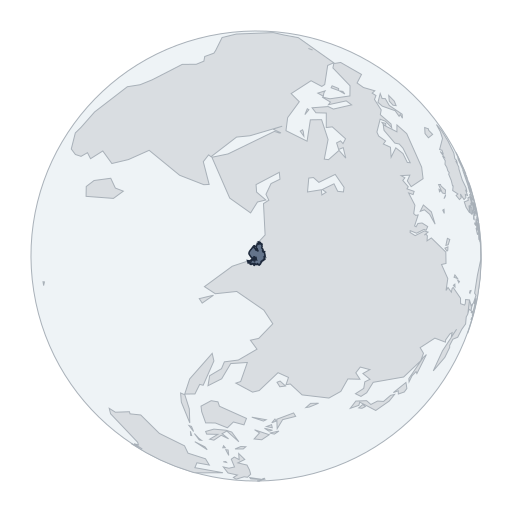 Gujarat highlighted on a globe, orthographic projection, rotated 81°
{"feature_id": "IND-3264", "entity_name": "Gujarat", "entity_type": "state/province", "adm_level": 1, "iso_a3": "IND", "parent_name": "India", "parent_adm1": "", "projection": "orthographic", "projection_center": [71.839, 22.391], "detail": "fine", "context": "on_globe", "style": "filled", "palette": "slate", "viewbox_px": 512, "rotation_deg": 81, "n_neighbors": 0, "source": "natural_earth", "source_scale": "10m", "svg_char_len": 15060}
<svg xmlns="http://www.w3.org/2000/svg" viewBox="0 0 512 512"><g transform="rotate(81 256 256)"><circle cx="256" cy="256" r="225" fill="#eef3f6" stroke="#a8b0b8"/><path d="M330.9,43.5L329.1,42.9L336.3,45.5L347.9,50.3L343.6,48.5L350.5,51.7L347.6,50.6L349.2,51.8L345.1,50.4L335.1,46.1L332.2,45.4L337.3,47.8L336.3,48.5L329.3,44.9L326.9,45.9L309.9,40.4L294.5,34.5L281.7,32.7L258.4,30.7L276.9,31.7L295.2,34.2L313.2,38.1L330.9,43.5ZM359.5,55.9L365.5,59.1L348.1,50.4L359.5,55.9ZM256.9,30.7L256.0,30.8L246.0,30.9L241.0,31.3L237.9,31.5L236.6,31.7L240.5,31.5L241.2,31.7L238.6,32.1L234.1,32.2L234.8,32.0L232.1,32.3L231.0,32.2L230.1,32.5L225.0,32.9L226.2,33.2L218.9,34.1L216.5,34.3L221.9,33.3L222.5,33.2L239.6,31.3L256.9,30.7ZM350.2,52.2L352.3,53.2L352.2,53.5L350.2,52.2ZM345.8,51.8L345.1,52.3L344.1,50.9L345.8,51.8ZM343.6,52.1L342.0,54.0L346.5,55.9L332.8,52.0L338.7,51.3L336.8,49.2L340.4,51.1L343.6,52.1ZM242.8,31.4L238.6,31.5L244.5,31.2L242.8,31.4ZM246.4,31.1L263.4,30.9L268.3,31.3L261.6,31.1L269.9,31.8L263.9,32.0L258.0,31.7L256.0,31.3L255.3,31.8L246.4,31.1ZM325.5,49.8L323.7,49.9L323.7,49.0L325.5,49.8ZM241.9,31.8L244.9,31.5L249.4,31.8L244.2,32.4L244.4,32.1L241.9,31.8ZM275.0,32.0L277.4,32.6L273.2,32.9L273.6,33.2L264.2,32.1L275.0,32.0ZM242.1,32.3L241.5,32.8L237.0,33.2L239.3,32.2L242.1,32.3ZM252.8,31.7L254.6,31.9L251.9,31.9L252.8,31.7ZM220.8,35.5L224.3,34.7L227.0,34.7L220.8,35.5ZM241.5,33.1L243.1,33.0L244.5,33.0L243.1,33.5L241.5,33.1ZM261.9,32.6L259.7,32.7L265.5,33.0L262.6,33.6L256.9,32.8L258.2,33.4L257.3,33.6L253.6,32.9L261.9,32.6ZM246.1,34.2L237.8,34.1L230.7,35.3L228.2,35.2L240.0,33.4L246.1,34.2ZM250.8,33.4L247.3,33.8L245.9,33.3L247.5,32.8L250.8,33.4ZM262.7,34.3L268.7,33.6L269.7,33.9L262.7,34.3ZM244.3,34.6L246.4,34.7L244.0,34.7L244.3,34.6ZM257.4,34.4L259.3,34.1L260.5,34.3L257.4,34.4ZM248.8,35.3L246.1,35.1L247.1,34.6L248.8,35.3ZM253.0,35.0L254.1,35.4L249.0,34.5L253.6,34.7L253.0,35.0ZM258.1,34.7L259.5,34.8L257.2,34.9L258.1,34.7ZM246.7,37.6L240.2,36.6L242.3,35.4L248.4,36.4L246.7,37.6ZM33.7,240.7L38.1,203.8L42.0,194.1L47.0,180.0L77.3,149.0L79.0,155.4L97.4,161.3L98.8,164.5L91.5,174.2L101.1,195.9L110.4,189.1L124.3,203.1L136.9,206.8L150.6,187.6L130.0,181.0L131.6,169.9L152.2,166.6L171.0,173.4L172.2,169.3L164.7,157.5L173.4,152.0L162.6,152.9L163.7,157.7L156.9,158.7L155.5,154.5L158.6,152.5L154.2,149.2L140.4,160.4L140.1,166.5L125.8,164.2L123.9,174.4L118.4,177.4L119.7,161.3L123.0,156.6L121.7,137.9L116.9,142.6L117.9,160.8L115.6,158.4L109.3,165.9L112.3,158.3L112.6,138.2L102.6,136.5L82.3,150.6L78.1,149.1L78.1,142.1L93.2,123.4L100.9,129.1L106.4,123.5L111.4,112.8L113.3,115.8L116.3,112.4L119.9,114.5L131.3,109.5L135.9,111.1L146.7,102.0L150.5,101.9L143.1,107.1L140.3,112.0L152.5,117.2L156.7,116.1L162.7,110.0L165.3,112.7L169.6,106.2L179.6,107.1L171.0,101.0L177.8,94.8L187.3,91.9L188.0,89.1L172.6,93.9L167.8,97.0L166.2,101.2L151.9,109.9L146.4,109.8L155.4,97.4L148.6,96.3L158.7,88.0L194.2,78.5L205.8,78.9L211.8,91.9L205.5,94.8L200.2,91.4L199.3,100.1L202.1,96.7L204.3,99.2L211.4,94.8L213.3,96.4L216.9,89.7L219.9,91.2L217.6,95.4L230.7,91.1L238.8,93.6L240.9,91.9L240.8,89.4L251.1,94.7L252.2,93.3L249.2,91.0L249.4,86.8L253.8,81.8L257.1,83.9L256.0,85.9L258.6,93.9L255.1,99.7L256.9,100.1L260.8,95.6L257.6,85.8L259.3,82.3L261.7,86.5L261.0,84.7L262.9,83.6L267.8,84.7L265.6,80.0L281.8,67.9L293.1,69.5L293.4,74.1L308.3,70.1L319.8,73.7L317.1,71.3L322.3,68.7L318.8,67.4L317.9,66.2L329.7,60.6L335.1,61.4L337.1,57.7L335.7,56.7L331.8,55.8L332.8,52.0L346.5,55.9L349.1,57.9L355.9,59.6L360.7,64.3L367.8,69.5L369.0,74.6L374.6,78.7L376.6,79.0L385.7,85.4L397.2,98.9L378.8,86.6L359.7,69.3L366.7,75.9L362.4,74.3L363.3,76.7L368.5,81.8L370.7,82.4L365.1,92.2L372.2,108.2L378.3,105.8L385.3,109.7L398.6,129.1L399.1,160.0L408.4,168.1L411.1,174.3L407.6,179.3L403.6,170.3L397.3,168.2L395.6,162.7L388.8,168.8L386.0,161.3L382.0,170.4L387.0,175.7L394.0,172.6L391.8,184.5L403.0,193.4L407.7,206.2L400.4,232.2L387.8,242.1L387.8,246.5L381.0,242.9L374.7,252.5L389.4,273.9L389.9,280.7L378.4,295.8L377.6,290.8L359.8,281.2L358.3,297.8L371.9,309.1L376.6,323.7L367.0,320.5L361.9,307.7L355.6,303.8L356.0,289.7L348.2,269.6L338.3,274.7L337.8,266.2L325.6,250.0L310.7,256.7L288.0,280.6L286.9,302.1L278.2,311.7L262.4,281.1L258.9,260.1L251.0,261.9L236.6,243.7L205.4,240.4L202.9,234.6L196.6,236.5L186.8,229.8L183.9,220.3L177.0,219.9L185.5,244.8L193.0,245.4L202.2,237.5L202.9,246.1L212.6,254.6L194.7,272.9L151.6,284.1L150.8,267.6L135.8,218.3L138.2,213.7L138.2,213.1L138.3,212.1L133.4,219.3L131.9,209.8L136.3,243.2L135.5,256.6L150.9,284.9L148.7,287.0L154.6,293.3L178.0,291.1L177.4,296.4L164.3,318.8L134.9,345.0L140.8,366.9L142.1,383.9L128.3,390.9L134.0,404.2L127.6,406.3L130.2,413.2L127.5,418.5L121.4,421.7L106.2,415.2L101.6,408.7L88.5,392.9L68.7,356.6L68.7,343.7L65.8,331.2L55.2,298.9L57.3,285.0L55.4,277.0L50.9,275.4L49.1,265.9L46.7,263.7L34.9,255.3L33.7,240.7ZM61.4,167.9L59.2,171.8L61.4,167.9ZM187.3,191.7L200.8,195.1L200.8,181.1L206.0,181.4L204.0,176.8L200.7,180.1L196.9,167.7L204.9,165.2L206.4,159.6L201.9,158.3L187.8,165.0L193.1,182.4L187.5,187.0L187.3,191.7ZM129.4,94.1L128.5,97.1L123.9,100.1L118.2,99.8L124.7,95.2L129.4,94.1ZM128.2,100.8L138.8,89.5L142.8,89.8L138.8,91.4L140.4,92.8L134.3,95.8L127.7,107.9L123.3,111.5L115.0,107.9L120.2,106.8L120.8,103.7L128.2,100.8ZM158.9,65.8L163.5,62.5L166.2,67.2L161.5,69.9L155.5,69.3L157.4,65.8L158.9,65.8ZM209.0,36.0L210.6,35.6L211.9,35.4L211.5,35.6L209.0,36.0ZM208.0,35.9L203.4,37.0L205.5,36.9L207.9,36.5L218.7,34.6L230.8,32.6L234.8,32.7L234.4,33.4L232.1,33.8L230.2,33.5L228.5,34.4L224.1,34.4L222.3,35.1L203.3,38.4L204.2,37.8L192.0,41.2L189.6,41.2L197.5,38.9L186.6,41.9L192.8,39.8L185.1,42.2L203.1,37.0L207.8,35.9L208.0,35.9ZM227.5,48.9L226.3,46.9L222.1,51.5L217.6,50.3L217.4,50.9L212.1,51.3L205.3,52.9L204.0,52.1L201.9,53.2L198.3,53.7L195.0,55.0L191.6,54.2L187.3,55.8L188.1,54.5L181.6,57.7L184.9,55.0L180.6,55.8L179.6,58.0L169.0,53.4L162.0,54.5L154.4,57.2L161.1,53.1L172.5,48.4L185.2,44.5L190.9,44.4L192.9,43.0L196.3,42.6L193.3,43.9L199.9,41.8L201.8,42.0L213.1,40.4L221.4,37.9L225.7,37.6L223.4,38.7L229.3,37.6L228.0,39.6L231.1,39.5L232.8,41.7L226.7,44.4L230.6,44.2L232.1,46.2L227.5,48.9ZM246.9,38.2L240.7,40.9L235.1,41.8L234.3,37.7L231.7,37.5L231.1,35.6L239.1,34.5L238.6,35.0L239.9,35.4L236.9,35.6L240.3,35.7L239.7,36.7L242.2,37.2L239.5,37.8L246.9,38.2ZM103.7,161.9L105.4,163.4L108.7,164.5L104.8,169.5L103.7,161.9ZM103.5,148.2L105.5,148.5L101.6,155.5L99.8,154.2L103.5,148.2ZM109.9,142.9L105.9,147.9L107.0,144.5L109.9,142.9ZM145.3,107.2L147.8,107.4L146.8,109.0L143.8,110.7L145.3,107.2ZM214.0,64.5L214.2,62.6L215.8,62.3L220.5,58.5L224.2,59.4L222.8,62.1L214.0,64.5ZM145.2,190.0L139.6,192.8L138.6,190.3L140.7,189.8L145.2,190.0ZM119.8,180.9L124.0,185.6L118.6,182.3L119.8,180.9ZM218.8,64.8L220.3,63.1L221.3,64.7L218.8,64.8ZM227.1,59.9L228.8,61.4L225.2,59.1L227.1,59.9ZM248.5,469.0L252.0,470.4L248.1,470.4L248.5,469.0ZM176.8,387.8L170.5,414.5L160.8,412.8L156.1,404.1L156.5,387.3L166.9,384.3L171.2,376.9L176.8,387.8ZM418.8,348.2L423.3,347.6L423.0,348.6L418.8,348.2ZM414.2,346.4L419.6,345.1L413.0,348.7L414.2,346.4ZM421.7,344.6L427.1,341.0L429.5,338.7L428.9,340.8L421.7,344.6ZM410.5,347.5L388.6,352.6L379.5,351.9L382.0,348.0L396.6,345.8L410.5,347.5ZM381.2,348.0L367.0,340.7L345.3,314.5L353.1,314.0L375.4,328.4L374.0,331.7L382.7,337.9L381.2,348.0ZM414.5,322.4L413.0,331.8L401.2,334.0L395.7,333.8L391.9,322.9L394.1,316.4L398.7,315.6L414.9,290.8L420.9,294.3L416.4,304.3L421.2,311.1L414.5,322.4ZM288.1,304.1L294.1,316.5L289.2,318.7L288.1,304.1ZM420.2,274.5L414.5,285.4L419.3,271.6L420.2,274.5ZM422.2,262.0L423.2,266.5L420.0,262.8L422.2,262.0ZM388.9,252.9L384.0,255.0L383.3,251.8L389.0,247.2L388.9,252.9ZM411.2,217.2L413.5,226.9L413.5,230.4L410.1,225.1L411.2,217.2ZM252.6,74.1L241.9,78.0L236.7,82.4L237.6,86.8L231.8,82.7L239.8,75.9L252.6,74.1ZM277.8,68.2L277.0,65.0L280.4,65.7L281.0,66.6L277.8,68.2ZM275.2,66.8L268.5,64.2L270.0,62.0L275.0,64.4L275.2,66.8ZM243.4,63.4L239.9,64.4L239.3,63.0L243.4,63.4ZM422.4,407.9L421.5,408.7L426.3,402.0L422.7,405.9L428.8,398.5L422.3,405.8L424.2,401.7L421.5,402.0L389.1,424.3L383.5,424.8L388.3,419.3L390.0,405.4L392.2,405.1L395.0,394.7L416.1,379.2L432.3,356.3L440.1,354.0L448.4,337.6L455.2,334.8L451.0,346.7L455.5,349.5L464.9,322.5L461.4,345.3L460.4,350.7L458.7,354.2L451.1,368.6L442.5,382.4L432.9,395.5L422.4,407.9ZM429.8,345.5L436.5,336.3L439.7,334.5L429.8,345.5ZM478.9,288.7L478.9,288.3L479.0,287.7L479.0,288.2L478.9,288.7ZM478.8,289.0L478.7,288.5L478.8,287.8L478.8,289.0ZM472.2,302.2L473.3,310.6L471.2,313.0L469.4,308.7L465.9,317.6L459.2,321.3L461.4,316.0L461.0,310.2L452.8,312.2L451.2,308.9L454.5,304.5L448.4,304.0L455.2,298.9L457.5,306.3L461.1,297.6L466.3,295.9L470.7,295.4L473.2,299.0L472.2,302.2ZM454.3,318.0L455.3,317.4L454.1,320.5L454.3,318.0ZM478.5,285.6L478.7,288.4L478.5,289.6L478.3,289.6L478.5,285.6ZM473.9,296.8L477.1,286.4L477.6,285.8L475.3,296.1L473.9,296.8ZM476.8,282.6L477.8,282.1L478.0,285.3L477.7,286.7L476.8,282.6ZM440.6,316.3L440.2,318.8L438.3,317.7L440.6,316.3ZM443.2,313.9L448.7,314.1L442.6,316.2L443.2,313.9ZM424.3,312.2L426.2,317.3L432.3,311.7L427.6,318.4L431.3,326.4L429.7,330.4L426.2,321.6L424.2,332.6L421.4,333.2L420.4,324.7L423.4,312.9L426.1,307.5L436.8,302.0L424.3,312.2ZM443.3,306.9L441.8,300.8L442.8,295.9L444.6,298.8L443.3,306.9ZM436.4,286.5L431.3,280.2L427.4,284.6L434.6,270.9L438.4,279.1L436.4,286.5ZM431.0,270.6L427.4,274.6L430.7,267.0L431.0,270.6ZM426.1,272.3L425.0,267.0L428.2,266.8L426.1,272.3ZM433.0,270.2L432.5,260.7L434.8,265.7L433.0,270.2ZM421.8,255.3L429.9,262.1L420.5,261.0L416.9,243.4L420.6,241.9L421.8,255.3ZM422.1,178.3L419.4,173.7L421.8,171.5L423.0,175.2L422.1,178.3ZM427.3,161.9L421.6,169.5L416.6,176.4L419.6,177.8L421.2,186.7L414.9,180.1L416.2,169.4L420.6,165.8L418.3,158.7L419.6,152.8L414.7,144.9L414.4,140.8L420.1,147.1L427.3,161.9ZM412.4,141.7L404.4,127.7L410.4,127.7L413.5,130.8L414.6,137.0L411.4,136.6L412.4,141.7ZM404.2,124.5L401.0,124.2L382.4,106.7L380.0,103.1L397.3,115.5L395.2,116.0L398.7,120.6L404.2,124.5ZM325.8,50.9L323.9,50.0L326.3,50.5L325.8,50.9ZM315.8,65.6L314.9,64.0L317.8,64.3L315.8,65.6ZM314.1,59.9L311.5,60.6L312.9,59.0L314.1,59.9ZM305.8,62.5L309.8,60.4L308.0,63.7L305.8,62.5Z" fill="#d9dde1" stroke="#a8b0b8" stroke-width="1"/><path d="M253.0,248.3L253.3,248.0L252.9,247.8L252.9,247.6L252.8,247.4L252.9,247.1L253.2,247.0L253.2,246.9L253.8,247.2L254.2,247.1L254.4,247.1L254.6,247.0L255.0,247.0L255.3,247.1L255.7,247.0L255.8,247.1L256.1,247.0L256.3,247.1L256.5,246.9L256.8,246.9L256.9,247.1L257.2,247.2L257.7,247.1L257.5,247.3L257.6,247.5L257.8,247.5L258.1,247.6L258.2,248.0L258.3,247.9L258.4,247.7L258.5,247.7L259.0,247.9L259.1,248.1L259.8,248.2L260.0,248.1L260.1,247.7L260.5,247.7L260.5,248.1L260.8,248.2L260.8,248.3L260.6,248.3L260.5,248.5L260.4,248.8L260.5,249.0L260.8,249.3L261.1,249.6L261.3,249.5L261.4,249.2L261.6,249.5L261.7,249.9L261.5,250.0L261.5,250.5L261.8,250.7L262.0,250.8L262.0,251.2L262.4,251.2L262.4,251.8L262.6,251.8L262.8,251.9L263.1,251.8L263.4,252.2L263.5,252.2L264.1,252.5L264.2,252.9L264.3,252.9L264.6,252.9L264.9,253.3L265.1,253.6L265.1,254.0L265.3,254.0L265.5,254.1L265.5,254.3L265.1,255.0L264.8,255.1L264.4,255.5L264.1,255.4L264.0,255.5L263.9,255.6L264.2,255.8L264.6,255.8L264.6,256.2L264.4,256.2L264.2,256.1L264.1,256.7L264.4,257.2L264.3,257.7L264.1,257.7L263.7,258.0L263.2,258.1L263.1,258.3L263.2,258.5L263.3,258.7L263.2,258.9L263.0,259.0L263.2,259.4L263.9,259.2L264.3,259.2L264.6,259.3L264.9,259.1L265.0,259.3L264.8,259.5L264.3,259.6L264.1,259.6L263.8,259.9L263.6,260.3L263.3,260.4L263.2,260.3L263.1,260.6L262.8,260.8L262.6,260.8L262.3,260.7L262.6,261.0L262.8,261.0L263.4,261.5L263.6,261.9L263.6,262.3L263.3,262.7L263.2,263.0L262.8,263.1L262.6,263.1L262.4,262.9L262.0,262.7L261.9,262.5L261.6,262.8L261.8,262.9L261.8,263.0L262.0,263.3L261.6,263.9L261.7,264.0L261.7,264.3L261.7,264.7L261.3,264.6L261.2,264.9L260.9,264.9L260.9,264.7L260.7,264.7L260.6,264.8L260.4,264.5L260.7,264.4L260.6,264.2L260.3,264.2L260.1,264.2L260.1,264.4L259.9,264.4L259.9,264.5L260.1,264.7L260.1,264.9L259.8,265.0L259.5,265.0L259.2,265.1L259.4,264.5L259.4,264.3L259.5,264.0L259.6,263.9L259.8,263.8L259.8,263.7L259.7,263.5L259.9,263.3L259.8,263.0L259.9,262.6L260.1,262.4L260.0,262.2L259.9,262.2L259.7,262.1L259.8,261.9L259.7,261.7L259.8,261.6L259.6,261.6L259.4,261.4L259.6,261.3L259.6,260.9L259.4,261.0L259.2,261.2L259.3,260.9L259.2,260.8L259.1,261.1L258.9,261.1L258.9,260.9L259.3,260.7L259.0,260.5L259.0,260.4L258.9,260.5L258.7,260.1L259.0,260.0L258.7,260.0L258.7,259.9L258.9,259.9L259.3,259.6L258.7,259.8L258.9,259.5L259.4,259.2L259.6,258.9L259.8,258.9L260.7,258.5L260.7,258.4L260.0,258.8L259.7,258.7L259.5,258.8L258.8,258.8L258.6,258.8L258.5,258.7L258.7,258.1L258.8,257.8L259.1,257.8L259.3,257.5L259.2,257.5L258.9,257.7L258.6,257.9L258.4,257.6L258.5,257.0L258.7,256.8L258.9,256.7L259.3,256.9L259.5,256.6L259.9,256.7L259.9,256.4L259.8,256.5L259.6,256.4L259.3,256.6L258.7,256.4L258.3,256.6L258.0,256.5L258.0,256.3L258.1,256.2L257.9,256.2L257.8,256.5L257.6,256.5L257.5,256.4L257.3,256.4L257.3,256.5L257.1,256.4L257.3,256.5L257.5,256.4L257.5,256.6L257.7,257.2L257.5,257.5L257.4,257.5L257.2,257.6L256.9,257.5L257.1,257.6L256.9,257.6L257.0,257.8L256.8,257.7L256.7,257.8L257.0,257.9L257.2,258.0L256.8,257.9L256.8,258.0L257.0,258.2L256.6,258.1L256.6,258.3L257.2,258.3L257.4,258.7L257.6,258.7L257.7,259.0L257.4,259.7L257.0,260.2L257.0,260.3L256.9,260.5L257.0,260.7L256.6,260.9L256.3,261.0L255.7,261.3L255.1,261.6L254.9,261.7L255.0,261.5L254.9,261.6L254.6,261.9L254.1,262.1L253.4,262.4L253.1,262.5L252.8,262.5L252.3,262.6L252.1,262.5L251.2,262.2L250.5,261.7L249.5,260.8L248.7,259.9L248.6,259.6L248.4,259.5L247.9,259.0L247.7,258.8L247.4,258.4L247.2,258.3L247.1,258.2L247.1,257.9L247.0,258.0L246.9,258.0L246.4,257.5L245.6,256.6L245.5,256.3L245.6,255.8L246.0,255.5L245.9,255.7L245.9,255.9L246.2,255.9L246.3,255.8L246.3,256.2L246.4,256.4L246.7,256.3L247.0,256.2L247.4,256.1L247.6,255.9L247.6,255.7L247.7,256.0L247.9,256.1L248.1,255.9L248.4,255.6L248.6,255.8L248.7,255.7L248.9,255.6L249.2,255.4L250.0,255.3L250.5,254.4L250.7,254.0L251.0,253.7L251.3,253.4L251.2,253.2L250.8,253.3L250.8,253.5L250.8,253.8L250.4,253.8L250.2,253.6L249.9,253.8L249.8,253.7L249.7,253.7L249.8,253.8L248.7,254.1L248.3,254.5L247.8,254.5L246.9,254.2L246.4,254.1L245.9,253.7L245.2,253.4L244.5,252.9L244.3,252.6L244.4,252.4L244.1,252.5L244.1,252.4L244.2,252.2L244.3,252.2L244.2,252.0L244.0,251.9L243.9,251.9L243.8,251.7L243.7,251.8L243.7,251.7L243.9,251.4L243.7,251.3L243.8,251.5L243.6,251.5L243.7,251.0L243.9,251.0L243.9,250.9L244.1,250.8L244.3,250.6L244.5,250.5L244.6,250.3L244.8,250.3L245.2,250.0L244.8,250.2L244.5,250.2L244.3,250.4L243.7,250.7L243.4,251.0L242.8,251.1L242.7,251.0L242.9,250.9L243.0,250.9L242.9,250.7L242.9,250.4L242.8,250.5L242.9,250.1L243.0,250.0L243.1,249.9L243.3,249.9L243.4,249.7L243.5,249.8L243.8,249.7L244.8,249.7L244.8,248.4L245.1,248.3L245.2,248.6L245.5,248.3L245.8,248.6L246.1,248.4L246.4,248.6L246.8,248.5L247.8,248.5L248.2,248.9L248.6,249.0L249.5,248.9L249.8,248.4L250.3,248.3L250.5,248.2L250.9,248.1L251.3,248.0L251.5,248.1L251.4,248.2L251.4,248.5L251.6,248.7L252.2,248.7L252.5,248.6L252.4,248.5L252.7,248.2L253.0,248.3Z" fill="#64748b" stroke="#1e293b" stroke-width="1.5"/></g></svg>